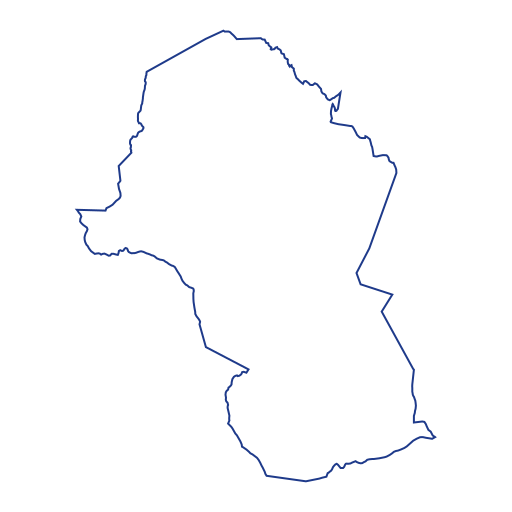 Santa María Ozolotepec, Oaxaca, Mexico (Equal Earth projection)
{"feature_id": "50627088B11851722089063", "entity_name": "Santa María Ozolotepec", "entity_type": "district", "adm_level": 2, "iso_a3": "MEX", "parent_name": "Mexico", "parent_adm1": "Oaxaca", "projection": "equal_earth", "projection_center": [-96.359, 16.098], "detail": "fine", "context": "isolated", "style": "outline", "palette": "blue", "viewbox_px": 512, "rotation_deg": 0, "n_neighbors": 0, "source": "geoboundaries", "source_scale": "gbopen_adm2", "svg_char_len": 5997}
<svg xmlns="http://www.w3.org/2000/svg" viewBox="0 0 512 512"><path d="M205.7,38.9L146.7,71.8L146.4,73.5L146.4,75.0L145.9,76.0L145.7,77.0L145.7,77.8L145.0,79.4L144.9,80.6L145.0,81.4L145.5,81.9L145.7,82.3L145.7,83.3L145.6,84.2L145.0,85.7L144.8,88.7L144.5,89.9L143.9,91.4L143.6,92.6L143.3,94.6L142.9,97.5L142.9,98.4L142.5,101.3L142.3,102.0L142.2,103.5L142.0,103.9L141.3,105.3L141.1,106.7L140.8,109.4L140.6,110.4L140.4,110.8L139.1,112.1L138.4,112.8L138.1,113.5L138.0,114.2L137.9,117.0L138.0,118.9L137.9,120.7L138.1,121.4L138.5,122.1L138.8,122.6L138.9,123.1L139.0,123.3L140.0,123.2L140.6,123.4L141.4,124.4L141.7,125.2L142.3,126.1L143.3,127.0L143.4,127.5L143.5,127.8L143.3,128.5L142.1,130.5L141.6,131.0L139.9,131.5L138.7,132.2L138.1,132.8L137.4,134.6L137.2,135.4L136.9,136.0L136.3,136.6L135.7,136.8L134.9,136.8L134.0,136.7L133.3,136.3L132.9,136.4L132.6,136.7L132.4,137.5L132.0,138.1L130.5,139.7L130.1,141.0L130.0,143.3L130.4,144.7L131.0,145.1L131.0,145.7L130.8,147.6L130.5,148.0L130.5,148.3L130.7,149.3L131.2,150.2L131.2,150.6L131.0,151.0L131.0,151.3L131.0,151.7L131.3,152.1L131.4,152.7L118.7,166.0L120.4,180.6L120.3,181.0L118.1,183.7L119.0,188.9L120.4,193.0L120.6,195.9L120.0,197.6L118.6,199.1L116.2,200.8L112.6,204.7L109.6,206.6L106.5,208.1L105.5,210.6L76.9,209.8L78.1,211.3L78.7,212.5L80.3,214.2L81.3,216.5L80.3,218.9L80.1,221.5L81.4,223.2L83.3,225.0L86.9,227.6L87.5,229.3L86.9,231.1L85.7,233.2L85.0,235.3L84.5,237.4L84.7,240.0L85.2,242.0L86.4,244.7L87.7,246.0L89.0,248.4L91.1,251.2L94.8,253.9L96.8,253.5L98.6,253.3L100.0,253.7L101.1,254.6L102.5,253.9L104.5,253.6L106.7,254.6L108.7,255.7L110.1,255.5L111.6,253.8L113.5,253.8L116.0,254.5L117.8,254.9L118.5,253.2L118.9,251.0L120.2,250.2L122.0,251.0L123.2,250.7L124.1,249.6L124.5,248.8L125.6,248.0L126.8,248.4L127.4,249.1L128.2,251.3L128.8,252.0L130.5,252.9L131.8,253.3L133.0,253.1L134.6,253.1L136.0,252.8L138.1,252.0L139.8,251.5L141.2,251.3L143.5,251.9L146.7,253.4L147.9,253.7L150.1,254.5L151.7,255.3L152.9,255.5L154.5,256.3L156.9,258.4L159.9,259.6L162.3,260.0L163.5,260.3L164.1,260.6L165.4,261.7L167.0,262.5L169.0,264.1L171.8,265.6L172.8,265.8L173.6,266.2L174.9,267.1L177.3,271.2L178.7,273.3L180.7,276.5L181.5,278.7L182.5,280.8L184.2,283.0L185.8,284.7L187.3,285.4L189.2,287.1L191.2,287.7L193.1,288.5L193.6,289.3L193.8,291.0L193.3,293.3L193.4,299.0L193.6,302.1L194.4,307.5L195.2,311.9L195.3,314.0L196.6,316.4L197.9,318.0L198.8,319.2L199.7,320.7L200.1,321.8L199.5,324.3L205.9,347.1L248.5,369.4L246.4,372.7L243.7,371.8L242.2,372.1L241.5,373.8L241.0,374.5L239.4,375.7L237.7,376.1L237.0,375.4L235.3,375.9L233.9,376.8L232.4,379.1L231.7,382.1L231.5,384.5L230.8,385.6L229.5,386.9L228.5,387.6L228.1,389.6L226.7,390.8L225.8,392.3L225.5,394.7L226.0,397.7L225.8,399.7L226.3,401.4L227.5,402.6L228.1,405.0L227.7,406.0L227.6,407.9L228.5,411.7L228.9,413.5L229.4,415.7L229.2,417.9L229.2,419.4L229.4,420.4L228.1,423.6L231.3,426.8L232.5,428.5L235.3,433.5L236.9,435.3L240.4,441.4L241.7,444.5L242.0,446.7L243.0,447.2L246.5,449.6L249.0,451.8L250.4,453.3L252.5,454.4L257.0,457.8L258.6,459.9L260.2,462.7L261.6,465.7L262.7,467.6L264.0,470.3L264.7,471.7L265.4,473.9L266.6,475.8L305.9,481.3L319.3,478.6L322.2,477.7L326.4,476.7L327.7,473.1L328.5,472.8L329.6,471.8L331.1,470.7L332.1,469.2L332.6,468.0L333.0,467.1L334.2,465.6L335.4,464.4L336.7,463.8L338.0,464.8L340.6,468.0L343.1,468.0L344.2,466.8L345.0,464.9L345.8,463.8L346.9,463.6L347.9,463.8L350.4,463.5L352.3,462.5L355.6,461.2L356.9,462.1L358.8,462.9L360.7,463.3L362.3,463.1L363.9,462.1L365.5,461.4L367.2,459.8L369.3,459.3L372.2,459.0L373.9,459.0L379.2,458.3L384.7,457.2L386.6,456.6L389.8,454.9L392.0,453.4L393.9,451.8L395.9,451.0L398.0,450.6L400.9,449.5L404.3,448.0L406.8,446.4L413.2,440.7L416.7,438.7L420.1,437.2L422.8,437.1L426.0,437.8L429.9,438.4L432.1,438.8L435.1,437.1L434.5,436.6L433.6,436.2L432.6,435.3L430.7,431.6L428.4,429.9L426.5,425.8L425.9,424.2L424.4,421.9L422.3,421.5L413.9,422.5L413.9,415.9L414.8,412.9L415.0,411.0L415.6,408.7L415.9,405.6L415.6,402.8L415.3,400.7L414.6,398.8L414.0,397.0L413.3,395.9L412.8,394.7L412.6,393.2L412.3,391.7L412.3,390.2L412.3,388.1L412.2,386.2L412.3,384.3L413.9,369.7L413.1,368.8L381.7,311.6L392.3,294.6L360.6,284.3L356.5,273.0L369.3,248.4L396.4,173.0L396.3,171.3L396.2,169.6L395.8,168.3L395.3,166.9L394.7,165.7L393.5,162.8L392.3,162.8L391.3,162.2L390.2,161.6L389.3,160.8L388.8,159.3L388.5,157.7L387.5,156.2L386.6,155.3L385.4,155.2L382.9,155.1L379.0,155.9L376.9,156.5L375.4,156.4L373.6,156.0L372.5,148.9L372.1,146.9L371.4,145.4L370.7,142.3L370.2,140.7L369.9,139.3L366.8,136.8L365.4,136.2L365.1,138.0L363.5,138.1L361.5,138.0L359.7,137.5L357.1,135.0L355.7,132.1L353.7,128.4L352.4,126.5L351.2,126.0L350.2,126.0L346.6,125.4L342.7,124.8L338.4,124.2L333.8,123.1L330.9,122.2L330.6,121.7L331.1,120.5L332.0,118.5L331.8,117.7L331.5,116.9L331.3,115.6L330.9,114.0L331.0,111.0L331.5,108.4L331.8,107.3L332.2,105.7L332.4,104.5L332.7,104.0L333.1,104.5L333.2,105.4L333.5,106.2L334.0,106.3L334.4,107.1L334.8,108.0L335.0,109.1L335.0,110.1L335.4,111.0L335.9,111.0L336.5,110.7L337.0,109.9L337.9,108.9L338.5,105.1L340.5,92.5L338.4,94.7L335.8,96.4L334.2,97.8L332.7,98.2L331.5,99.1L329.7,100.2L327.8,99.4L326.2,97.4L325.8,95.5L324.4,94.1L322.9,93.5L322.2,92.8L321.4,91.4L321.0,88.9L319.0,86.7L317.2,84.4L314.9,83.3L312.8,85.0L311.3,85.0L310.1,84.8L308.7,83.2L305.9,81.0L304.2,81.3L303.9,82.0L303.0,83.8L301.3,82.5L299.0,80.4L297.6,78.9L296.6,78.2L296.0,76.9L295.7,75.8L295.1,74.5L294.4,71.9L293.8,70.6L293.8,68.6L292.0,67.2L291.5,65.1L290.6,65.5L289.8,66.6L289.1,65.7L289.0,64.7L288.2,64.1L287.8,62.6L287.7,61.1L287.8,59.6L287.2,59.0L286.6,59.0L285.6,58.3L284.7,57.7L283.9,54.2L281.6,53.4L281.2,52.7L281.0,51.4L280.7,50.4L279.5,49.4L277.7,48.5L277.1,47.1L275.4,47.7L274.9,48.6L273.9,49.3L273.3,49.2L271.4,49.7L270.7,49.2L271.3,47.4L269.7,46.2L268.7,45.2L268.2,43.2L267.3,43.1L266.2,42.9L264.7,39.6L263.7,39.5L262.8,39.5L261.9,39.1L260.8,38.2L236.8,39.1L234.1,36.0L233.0,34.9L231.4,33.5L230.3,32.3L228.6,31.5L226.4,31.5L224.8,31.6L223.4,30.7L205.7,38.9Z" fill="none" stroke="#1e3a8a" stroke-width="2"/></svg>